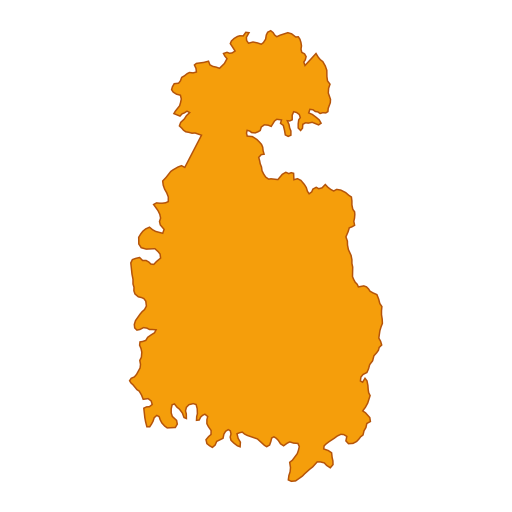 outline of Curitibanos, Santa Catarina, Brazil
{"feature_id": "56859067B5132572853524", "entity_name": "Curitibanos", "entity_type": "district", "adm_level": 2, "iso_a3": "BRA", "parent_name": "Brazil", "parent_adm1": "Santa Catarina", "projection": "natural_earth1", "projection_center": [-50.624, -27.278], "detail": "fine", "context": "isolated", "style": "filled", "palette": "amber", "viewbox_px": 512, "rotation_deg": 0, "n_neighbors": 0, "source": "geoboundaries", "source_scale": "gbopen_adm2", "svg_char_len": 6051}
<svg xmlns="http://www.w3.org/2000/svg" viewBox="0 0 512 512"><path d="M143.2,399.3L148.1,398.6L151.2,401.0L152.2,404.5L149.4,406.7L146.5,406.9L143.8,408.2L144.8,417.5L145.6,421.8L146.9,426.8L149.7,426.8L151.5,424.1L153.0,421.3L154.2,417.7L156.8,415.4L159.2,416.7L160.1,419.6L161.8,422.9L164.6,426.0L167.2,427.9L175.3,427.5L177.3,424.1L176.6,420.4L172.3,416.4L171.2,412.9L171.2,408.9L172.1,404.8L174.4,403.9L177.0,407.2L179.5,409.2L182.4,413.1L184.0,417.5L186.4,418.5L186.3,413.9L185.5,410.9L186.4,407.3L188.9,404.7L193.2,403.6L196.1,404.5L197.2,408.6L197.4,413.8L196.7,416.5L196.5,420.3L199.2,420.0L200.7,417.0L202.6,415.3L204.9,414.2L207.7,416.5L206.9,419.8L206.9,423.7L208.4,426.6L211.1,430.5L211.0,434.5L208.6,436.6L206.0,439.7L206.9,443.6L209.5,445.7L212.4,447.4L215.1,445.1L216.7,441.4L223.0,438.3L223.9,434.1L225.6,431.3L228.2,429.6L230.3,430.8L231.0,433.9L230.2,437.1L231.0,440.3L234.0,443.2L237.4,445.8L240.1,446.8L240.4,442.2L238.1,438.3L237.0,433.7L239.6,432.7L242.3,432.1L244.5,434.0L247.2,435.4L257.4,438.9L264.4,445.3L266.7,446.7L269.6,445.0L270.8,441.6L271.7,438.0L273.9,436.8L276.3,438.3L278.4,440.5L280.5,443.8L283.6,445.8L287.3,443.1L289.8,441.9L293.6,443.1L297.9,443.4L299.3,446.6L298.4,450.4L297.3,453.6L292.4,460.2L289.7,462.3L290.5,467.6L290.1,471.8L288.9,475.5L288.3,479.9L291.3,481.3L295.6,480.9L302.5,476.0L304.6,473.8L309.6,469.3L312.7,466.9L317.2,461.9L320.4,461.9L324.3,462.9L326.6,465.4L330.3,467.8L333.0,464.6L332.9,461.0L332.1,457.3L331.6,452.8L328.4,450.6L323.7,448.9L324.1,445.9L326.0,444.0L329.0,441.7L334.2,438.3L337.3,436.0L340.9,434.3L343.8,434.6L346.8,436.4L345.9,440.9L348.5,443.7L353.0,443.4L356.6,441.5L358.8,439.2L360.6,436.8L363.0,435.0L364.0,430.8L365.9,427.6L366.8,423.5L370.4,421.5L369.8,417.6L365.5,412.8L362.7,410.9L365.4,407.3L367.7,403.1L370.1,395.6L368.7,392.8L368.2,389.7L367.9,385.6L367.0,380.9L365.0,378.3L362.6,382.2L360.4,381.0L360.9,377.1L363.0,374.5L366.9,372.5L368.5,368.9L369.7,364.6L372.6,360.8L373.9,355.8L376.6,352.8L378.4,350.3L379.2,347.4L381.7,345.0L380.6,341.3L378.8,338.1L379.9,330.6L381.1,326.7L382.4,323.4L382.2,319.2L381.5,314.7L381.5,310.6L381.9,306.6L379.8,303.5L378.7,299.2L376.9,294.6L373.0,292.9L370.0,291.2L368.5,288.9L366.5,286.9L363.8,285.9L358.4,286.9L357.2,284.3L355.1,282.1L353.7,279.5L352.5,276.6L352.7,267.1L351.9,263.5L351.9,259.8L351.1,255.5L348.4,249.6L347.5,245.1L347.4,241.1L345.9,236.9L348.1,231.7L349.3,227.8L351.8,226.9L354.6,225.3L353.8,221.3L354.5,218.2L354.8,214.7L354.6,211.8L352.8,209.3L351.9,204.9L351.9,200.9L351.4,197.0L348.8,195.3L345.7,192.6L340.8,190.1L336.7,189.4L333.7,191.0L330.8,189.5L327.8,187.2L325.3,184.5L322.0,187.9L318.7,188.7L316.2,187.3L312.9,189.1L311.7,191.9L309.1,193.8L307.4,191.2L306.3,187.6L304.3,184.4L300.9,180.4L297.5,178.7L293.9,179.7L293.6,173.3L291.2,172.7L288.8,173.6L285.8,172.3L282.3,174.3L277.9,179.6L271.0,178.8L268.6,179.1L265.7,177.1L263.7,174.1L262.0,170.7L261.5,167.0L260.2,163.7L259.6,160.6L258.7,157.4L261.3,154.6L264.1,154.2L263.1,150.8L262.7,147.2L261.5,144.4L259.2,141.8L256.9,139.5L252.4,136.6L247.2,136.1L246.5,133.2L247.1,130.3L249.6,131.0L251.7,132.6L255.2,132.9L258.0,131.8L260.2,130.5L261.3,127.0L264.4,124.8L268.2,125.2L271.2,126.4L274.6,120.9L276.8,119.3L281.5,119.9L280.5,123.3L283.3,125.4L284.5,130.3L285.3,134.9L288.2,136.4L290.9,135.2L290.9,131.0L289.7,128.1L289.0,124.5L287.3,120.7L289.8,120.9L292.2,119.8L292.2,115.1L293.7,111.7L296.6,112.5L299.3,114.5L300.3,117.6L298.7,119.9L298.2,123.8L298.2,128.0L300.6,130.5L302.5,128.2L302.8,124.3L305.6,122.8L308.3,123.1L312.2,122.3L318.6,124.9L321.1,123.2L319.2,119.9L316.5,117.6L312.4,114.5L308.7,112.9L309.9,109.3L313.1,109.8L315.3,111.5L317.8,111.9L320.1,113.5L322.7,112.7L325.8,112.9L327.9,111.6L328.2,108.4L330.3,102.7L330.5,99.4L328.3,93.0L328.6,88.3L330.0,84.2L327.5,80.9L326.9,76.6L326.8,70.3L325.3,66.0L322.8,61.6L320.3,59.7L318.1,57.0L316.0,53.5L305.0,65.5L303.8,62.1L305.3,59.8L306.1,56.6L304.5,53.8L301.8,52.4L301.0,49.2L301.5,45.9L300.9,42.3L299.9,39.2L298.3,36.8L295.7,37.0L291.6,33.8L287.8,32.7L280.3,35.1L276.8,36.7L274.7,35.1L273.1,32.6L270.7,30.7L267.7,32.2L266.3,35.0L265.6,39.2L263.4,42.6L261.3,44.2L257.4,42.9L253.0,42.0L248.5,43.2L246.6,40.5L246.4,37.3L249.0,32.7L245.8,32.3L243.2,35.9L239.7,35.8L237.4,36.5L234.2,38.4L231.4,41.0L230.3,43.6L235.1,51.0L232.2,52.9L229.6,53.3L227.0,52.3L223.5,53.5L224.8,56.0L227.0,58.7L224.4,63.5L219.5,68.3L216.1,67.1L212.8,66.4L209.9,64.8L208.5,61.2L203.9,62.4L196.4,63.4L194.4,65.0L196.0,68.4L196.4,72.0L193.1,72.9L189.5,72.5L187.2,73.6L184.6,75.7L181.7,77.4L180.4,80.9L178.6,83.2L174.2,83.7L172.4,86.8L171.6,89.7L173.2,92.1L176.5,94.2L180.4,95.2L181.3,99.0L180.5,102.8L179.6,105.8L175.3,111.2L173.9,113.6L180.0,116.1L182.1,113.8L184.4,112.9L187.0,111.2L189.7,112.6L186.5,115.6L184.3,119.0L180.7,122.4L179.4,125.9L181.7,128.1L183.5,130.2L185.8,131.8L188.7,132.3L192.0,133.2L195.1,133.0L201.5,135.2L184.8,167.4L181.5,165.7L178.0,167.0L173.1,169.8L170.8,171.4L166.1,177.4L162.7,181.0L163.2,185.1L164.6,189.1L166.7,192.8L168.3,196.9L168.3,201.6L165.5,202.8L162.3,203.2L159.5,203.2L156.5,202.9L153.6,204.5L158.0,210.6L159.8,214.3L160.6,218.1L159.5,221.5L160.3,224.9L164.1,229.4L162.7,233.3L155.6,231.4L152.5,229.7L149.5,227.2L145.7,228.9L142.9,231.2L140.7,234.0L138.7,237.3L138.8,244.0L141.2,247.7L146.2,249.1L154.9,248.7L158.1,251.6L160.1,254.1L160.6,258.1L156.4,261.6L153.8,264.4L150.9,264.1L148.9,262.1L146.1,260.5L142.6,260.5L139.6,257.5L135.7,258.4L132.4,259.6L130.8,262.9L132.0,274.2L133.0,279.3L133.0,284.0L134.0,287.3L133.9,290.8L135.0,294.0L138.3,296.8L141.7,297.6L143.9,298.6L145.8,301.2L146.4,306.1L144.5,309.6L142.1,311.7L140.1,314.1L135.5,320.6L134.3,324.5L134.7,327.9L136.9,330.1L139.9,329.5L143.5,327.6L146.9,328.1L149.5,329.5L152.2,329.5L156.1,329.8L154.5,332.8L151.1,334.9L147.7,337.3L145.8,340.4L142.6,341.5L140.0,341.9L139.6,345.2L141.0,348.5L141.8,352.2L141.4,357.2L139.8,360.4L140.5,364.4L140.1,367.9L136.6,374.3L134.4,376.9L131.2,378.3L129.6,380.7L131.0,383.0L133.0,384.8L136.9,389.6L139.2,391.1L141.5,395.0L143.2,399.3Z" fill="#f59e0b" stroke="#b45309" stroke-width="1.5"/></svg>